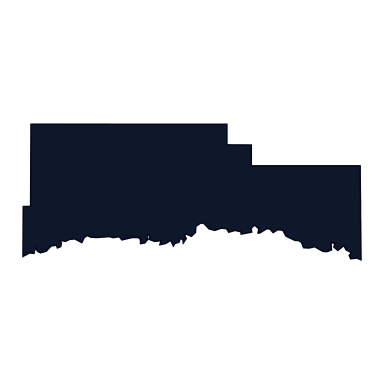 the district of Roosevelt, Montana, United States of America
{"feature_id": "52423323B47296915924454", "entity_name": "Roosevelt", "entity_type": "district", "adm_level": 2, "iso_a3": "USA", "parent_name": "United States of America", "parent_adm1": "Montana", "projection": "natural_earth1", "projection_center": [-104.865, 48.28], "detail": "fine", "context": "isolated", "style": "filled", "palette": "ink", "viewbox_px": 384, "rotation_deg": 0, "n_neighbors": 0, "source": "geoboundaries", "source_scale": "gbopen_adm2", "svg_char_len": 1486}
<svg xmlns="http://www.w3.org/2000/svg" viewBox="0 0 384 384"><path d="M23.0,256.4L29.6,252.9L33.9,253.4L35.5,247.6L37.8,251.5L40.6,252.8L46.2,251.2L51.1,246.0L56.4,245.2L57.4,247.9L60.7,246.6L61.4,243.1L59.9,240.4L65.6,241.3L69.8,239.3L74.8,238.9L81.8,242.6L84.2,237.7L87.1,235.5L90.6,237.1L96.4,237.5L109.5,236.6L113.1,237.6L119.3,236.7L121.9,239.9L132.2,237.5L138.5,237.5L140.4,239.4L140.6,243.6L144.9,242.9L147.4,239.8L147.5,234.6L150.1,235.8L149.0,239.3L154.8,241.4L161.0,240.6L159.9,244.7L165.6,243.5L170.8,240.3L173.3,246.0L174.9,243.4L178.9,242.3L180.3,238.4L182.9,239.5L183.3,242.9L186.2,238.6L184.5,234.7L186.4,234.1L191.4,236.3L195.4,232.5L195.9,226.3L200.6,223.1L203.6,223.1L209.1,228.9L214.8,230.4L221.0,228.2L226.4,228.6L228.8,232.2L235.1,230.4L240.8,231.7L241.2,234.1L251.7,232.1L251.2,228.2L254.7,225.1L258.9,228.9L258.0,233.0L259.5,233.1L267.0,228.6L270.0,229.1L273.1,232.6L277.7,229.7L282.8,230.2L286.0,236.1L295.0,240.4L298.5,240.5L301.5,242.4L303.6,247.7L309.0,248.0L314.7,246.7L323.0,251.4L327.2,251.6L331.5,249.9L331.0,243.0L334.8,243.0L333.9,247.1L337.8,250.4L344.0,245.6L346.0,249.8L351.4,252.7L349.2,255.5L350.7,258.8L356.8,258.0L361.0,259.8L360.6,219.5L360.5,216.7L360.5,212.8L360.5,212.5L360.5,201.1L360.4,200.4L360.5,200.0L360.4,197.8L360.4,197.5L360.2,177.0L360.2,169.4L360.1,165.8L251.3,165.8L251.3,145.0L226.9,144.9L226.9,124.3L186.5,124.3L31.0,124.2L30.6,206.5L23.3,206.5L23.2,215.1L23.0,256.4Z" fill="#0f172a" stroke="#020617" stroke-width="1.5"/></svg>